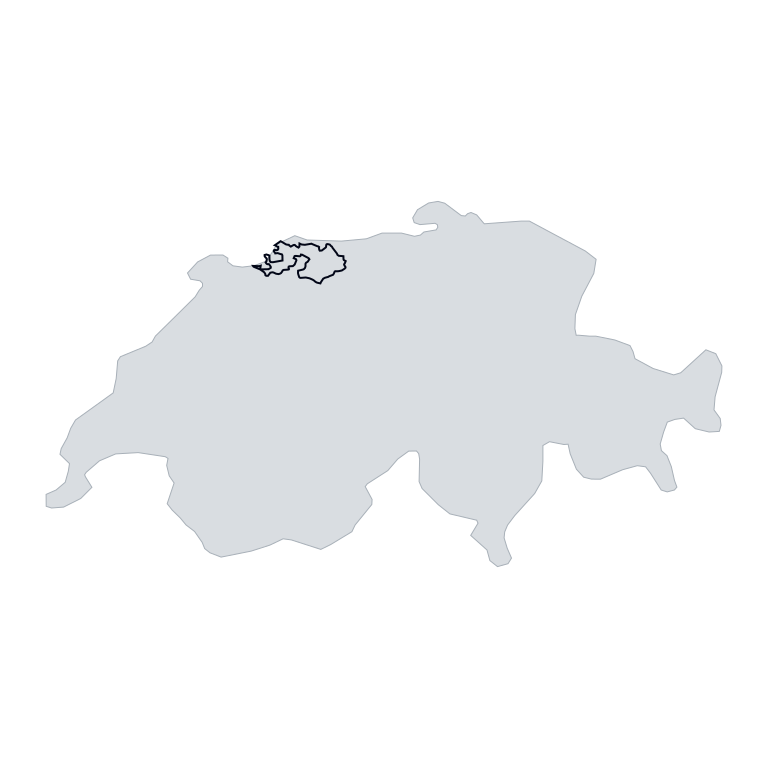 Basel-Landschaft highlighted on a map of Switzerland
{"feature_id": "CHE-3423", "entity_name": "Basel-Landschaft", "entity_type": "Canton", "adm_level": 1, "iso_a3": "CHE", "parent_name": "Switzerland", "parent_adm1": "", "projection": "robinson", "projection_center": [7.631, 47.451], "detail": "fine", "context": "in_parent", "style": "outline", "palette": "ink", "viewbox_px": 768, "rotation_deg": 0, "n_neighbors": 0, "source": "natural_earth", "source_scale": "10m", "svg_char_len": 4730}
<svg xmlns="http://www.w3.org/2000/svg" viewBox="0 0 768 768"><path d="M580.8,248.6L585.3,251.0L596.1,259.3L593.8,273.4L581.8,296.2L575.4,314.6L574.9,328.7L576.2,335.3L578.4,335.2L590.1,336.2L596.0,336.2L614.9,340.0L630.0,345.6L633.0,351.5L635.0,358.7L653.1,368.5L673.7,374.9L680.7,372.8L705.9,349.8L715.8,353.7L721.9,365.9L721.7,372.3L715.1,396.8L714.0,409.9L720.2,418.5L721.0,425.3L719.3,431.4L709.1,432.0L695.3,428.7L683.6,418.1L674.9,419.4L667.3,422.1L663.6,432.1L660.2,444.0L661.4,450.6L667.0,455.7L671.3,466.6L674.5,480.6L676.9,487.1L674.4,490.0L667.2,491.9L661.2,490.0L650.5,473.2L645.6,466.8L637.3,465.7L622.7,469.7L600.4,479.2L591.4,479.1L583.7,477.2L576.4,469.2L570.2,453.8L568.1,444.2L563.9,444.5L549.5,441.7L542.9,445.5L542.9,461.3L541.8,480.9L534.7,493.5L514.8,515.5L507.6,525.0L504.7,531.9L504.1,537.9L507.2,548.2L511.5,558.1L508.0,563.7L497.5,566.6L489.9,560.6L487.0,550.0L470.7,535.4L478.0,523.2L476.7,520.2L449.9,513.9L438.3,504.7L422.1,488.5L419.1,481.6L419.6,459.1L418.7,453.6L416.5,451.0L408.7,451.1L397.8,459.0L387.8,470.6L367.3,483.8L365.2,486.6L372.1,499.5L371.8,504.5L355.1,525.0L351.9,531.7L330.6,544.6L320.8,549.4L291.3,539.9L283.1,538.8L269.9,545.1L251.2,551.1L221.1,557.1L210.0,552.8L204.7,548.6L202.2,542.4L194.6,531.5L186.1,525.0L180.2,517.9L172.3,510.2L167.2,503.7L174.1,483.0L169.2,475.8L166.7,465.4L168.0,458.4L165.3,456.7L138.2,452.6L115.7,453.9L99.5,460.8L86.2,472.3L84.6,474.7L85.4,476.8L91.9,487.3L80.7,498.5L63.6,507.1L51.5,508.0L46.2,506.3L46.1,494.4L56.1,490.0L65.2,482.3L68.3,471.3L69.5,463.6L60.0,454.3L61.2,448.6L67.2,437.8L70.7,428.3L75.5,420.0L94.3,406.5L113.2,392.9L116.2,378.5L117.7,360.9L120.4,356.7L145.8,346.2L152.1,342.0L155.4,336.1L175.4,316.4L195.2,296.8L199.2,290.3L202.5,286.5L202.5,283.3L200.0,280.8L190.6,279.2L187.5,273.0L197.7,261.9L210.5,255.1L222.9,255.0L227.9,258.2L227.6,261.8L232.9,265.8L242.3,267.1L253.9,265.7L265.5,261.5L272.6,251.7L276.7,244.2L294.8,235.7L307.1,240.0L341.4,241.1L366.4,238.8L382.0,233.1L401.5,233.1L414.5,236.3L416.8,235.8L420.4,235.1L423.9,232.0L436.1,229.9L437.8,227.3L437.3,224.6L435.0,223.3L420.0,224.6L414.2,222.6L412.7,217.9L417.5,209.7L428.6,203.0L438.0,201.4L444.7,203.2L461.3,215.6L465.3,216.0L467.6,213.7L471.0,212.5L476.7,214.9L483.2,222.6L484.3,223.8L521.1,221.1L529.4,221.1L554.6,234.6L580.8,248.6Z" fill="#d9dde1" stroke="#a8b0b8" stroke-width="1"/><path d="M304.9,244.8L311.5,243.7L312.0,244.0L317.5,246.3L318.2,246.4L318.5,246.6L319.1,247.0L319.0,247.9L319.1,249.0L319.4,250.1L319.8,250.7L321.8,250.5L325.6,247.6L326.0,247.1L326.1,246.4L326.2,245.3L326.4,244.5L326.8,244.2L327.7,244.1L329.8,244.6L331.0,246.0L331.9,246.6L332.6,247.9L336.9,253.5L337.5,254.9L338.8,255.8L343.4,256.2L343.5,258.9L343.6,259.6L343.8,260.0L345.7,261.1L344.9,263.1L344.1,264.3L344.2,264.7L344.4,265.4L344.9,266.1L345.4,266.8L345.5,267.7L344.6,268.7L341.8,270.5L338.6,271.2L336.7,271.3L335.5,271.2L334.7,271.5L333.9,273.4L333.4,274.3L333.0,274.8L329.3,276.2L328.2,276.9L325.1,277.7L323.2,278.7L320.9,282.2L320.4,283.4L317.2,282.7L316.3,282.3L315.3,281.7L314.1,280.6L312.7,279.7L309.5,278.3L305.8,277.5L300.5,277.9L299.7,277.6L299.2,277.1L298.4,274.7L298.1,273.7L298.0,272.3L298.1,270.7L299.5,270.4L303.1,269.5L303.8,269.2L305.0,267.9L305.5,266.3L305.5,263.9L305.7,263.3L306.0,262.9L306.4,262.5L307.0,262.2L307.6,261.8L308.1,261.2L308.7,260.1L309.4,259.3L309.0,258.6L308.5,258.1L302.1,254.7L300.9,254.6L300.8,255.4L300.5,255.9L299.9,256.3L295.8,255.9L294.6,256.1L293.7,258.2L296.0,259.2L296.3,259.9L296.4,260.3L294.7,264.5L292.9,266.1L289.5,266.3L288.7,266.6L288.5,267.6L288.7,268.4L289.0,269.0L288.8,269.4L288.1,269.6L283.8,269.9L283.2,270.1L282.6,270.5L282.2,271.5L281.6,272.3L281.0,273.1L279.9,273.7L278.5,274.1L276.0,273.7L273.5,272.5L272.4,272.3L270.3,272.7L268.0,275.8L266.4,275.8L265.9,275.6L265.4,275.2L265.2,273.7L264.1,272.2L260.1,269.4L268.5,269.2L270.7,267.9L270.8,267.2L270.7,266.6L269.3,264.6L269.0,264.2L268.6,264.1L267.6,264.2L267.3,264.1L266.8,263.9L266.5,263.6L266.3,263.4L265.6,262.4L266.4,261.4L266.8,259.7L266.6,258.6L265.9,257.7L265.4,257.3L264.6,256.1L264.6,255.0L266.4,254.5L268.7,255.2L269.4,255.6L269.5,259.8L270.0,261.3L270.3,261.7L270.6,262.1L273.0,262.2L282.5,260.5L282.4,255.5L282.2,254.9L281.8,254.3L280.6,254.1L277.7,253.1L275.3,253.4L275.2,253.0L274.1,251.7L273.8,250.9L274.0,250.3L274.9,249.9L276.4,250.2L277.6,249.9L278.3,248.8L278.2,246.9L277.7,246.9L275.2,245.3L274.9,245.2L280.6,241.2L281.4,241.6L286.0,244.4L287.4,244.7L288.8,244.8L289.3,245.5L290.8,246.6L293.4,245.1L294.2,244.9L295.0,245.1L295.8,246.0L297.0,246.8L298.5,247.6L299.4,246.6L299.5,243.5L301.6,244.5L304.9,244.8ZM259.2,266.2L260.7,265.7L260.1,269.4L253.8,266.8L253.4,266.5L253.0,265.9L259.2,266.2Z" fill="none" stroke="#020617" stroke-width="2"/></svg>